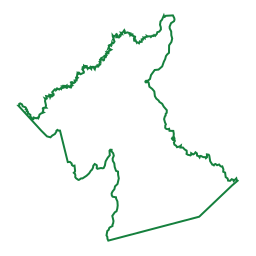 Zaragoza, Antioquia, Colombia (Natural Earth projection)
{"feature_id": "7082276B32326905944373", "entity_name": "Zaragoza", "entity_type": "district", "adm_level": 2, "iso_a3": "COL", "parent_name": "Colombia", "parent_adm1": "Antioquia", "projection": "natural_earth1", "projection_center": [-74.894, 7.495], "detail": "fine", "context": "isolated", "style": "outline", "palette": "green", "viewbox_px": 256, "rotation_deg": 0, "n_neighbors": 0, "source": "geoboundaries", "source_scale": "gbopen_adm2", "svg_char_len": 5639}
<svg xmlns="http://www.w3.org/2000/svg" viewBox="0 0 256 256"><path d="M237.6,180.7L236.6,179.8L236.3,178.4L233.7,181.0L233.2,179.8L231.7,179.2L230.1,180.8L228.1,180.6L227.6,178.5L225.7,177.1L225.1,172.6L223.2,171.7L223.4,169.3L222.3,166.4L221.5,166.6L220.4,166.1L219.1,164.5L217.1,165.2L215.5,164.0L214.5,164.4L213.9,165.3L213.3,164.8L212.4,164.7L210.2,161.3L209.3,155.8L208.7,154.7L206.9,154.4L207.0,157.2L205.9,158.2L205.3,157.1L203.2,157.1L200.8,155.9L200.2,156.0L199.6,157.4L198.8,156.2L197.1,155.6L196.9,153.4L195.5,152.3L194.5,153.7L193.1,154.4L191.2,153.2L191.1,154.8L190.5,155.4L187.7,154.7L186.5,153.9L186.8,152.6L186.6,150.6L184.6,149.4L182.9,147.5L180.5,147.5L180.8,145.6L179.6,146.5L177.0,147.2L176.2,145.8L174.4,144.6L173.9,142.6L174.8,141.1L174.8,140.4L172.9,139.9L171.9,138.6L172.3,137.9L173.5,139.2L174.2,139.0L174.5,138.4L173.6,136.1L173.8,133.8L173.3,130.9L169.5,130.8L169.1,128.8L167.9,129.2L166.6,129.0L165.6,128.4L165.2,127.6L165.3,125.5L165.9,124.3L165.0,122.5L164.1,119.1L164.9,116.3L165.6,115.6L165.7,113.8L166.7,112.8L166.8,110.2L163.7,106.6L162.2,103.8L159.4,101.9L158.6,100.5L156.3,98.6L154.9,96.2L154.3,91.4L152.2,88.9L149.4,86.7L148.6,82.4L148.0,82.0L145.9,82.4L145.4,81.9L145.4,81.4L146.0,80.8L147.9,80.7L150.0,79.0L151.0,75.1L154.7,70.0L158.5,69.6L162.2,66.4L163.8,61.8L165.2,59.0L165.9,56.2L167.2,54.4L169.0,52.8L169.1,45.3L171.4,42.0L172.2,38.5L171.3,35.2L171.2,31.5L169.7,28.4L169.6,26.7L171.0,23.2L174.0,21.2L174.5,19.8L174.3,18.2L172.9,15.4L165.8,15.8L164.6,17.0L164.2,16.9L163.8,15.6L162.0,19.7L160.5,21.4L160.0,24.8L160.8,27.2L160.9,29.5L159.3,31.6L157.3,32.2L156.9,33.8L155.1,35.9L154.1,35.0L153.3,36.0L152.3,35.7L150.9,37.0L150.4,36.3L147.6,36.4L146.9,36.0L147.1,36.7L144.6,37.3L144.7,38.3L143.5,37.7L143.6,38.3L142.9,38.8L142.9,39.5L141.7,39.4L141.7,41.8L140.2,42.0L139.8,41.6L139.0,43.3L138.0,42.5L137.1,42.3L136.8,42.7L135.9,41.0L134.2,40.7L134.0,39.0L134.9,38.9L134.2,37.9L135.1,37.1L135.1,36.7L132.6,35.7L132.5,34.3L131.5,34.3L131.7,35.2L130.9,35.2L130.7,34.3L130.2,35.0L130.1,34.5L129.5,34.1L129.6,33.3L130.1,33.4L129.9,33.2L127.4,32.4L125.0,33.1L124.7,31.0L124.3,30.2L122.4,32.9L121.0,32.7L122.0,34.2L121.1,34.1L120.2,34.7L119.9,35.0L120.6,35.8L119.7,36.7L119.7,36.0L119.4,36.0L118.9,37.2L116.5,37.2L117.3,35.4L116.6,34.1L116.1,34.4L116.0,35.6L114.4,35.9L113.9,36.9L112.7,35.4L112.8,36.6L113.6,38.5L113.0,39.6L113.8,39.6L114.5,41.6L113.4,43.2L112.7,43.2L112.1,42.5L111.9,43.6L111.4,43.9L111.5,44.9L110.4,45.0L110.6,45.6L109.4,45.1L108.8,45.5L109.1,46.2L108.3,48.5L109.1,48.0L109.5,48.8L111.2,49.7L108.7,51.1L108.5,52.7L107.4,52.1L107.5,53.0L106.8,52.7L107.1,53.3L106.0,53.9L106.6,55.1L105.3,55.6L106.0,56.4L105.8,57.0L105.4,56.9L104.9,55.7L104.4,55.8L104.1,56.8L104.5,57.8L103.9,60.2L103.3,60.4L102.9,59.7L101.5,59.1L101.3,58.7L101.7,57.9L101.1,58.2L100.8,59.2L100.1,59.6L100.6,60.6L100.1,61.1L100.4,61.7L99.7,61.9L100.2,62.7L99.4,62.8L100.0,62.9L99.4,64.0L100.0,64.6L98.9,65.3L98.3,66.6L97.5,66.6L98.3,65.7L97.4,65.3L97.2,66.7L97.0,65.9L96.5,66.5L95.5,66.6L94.8,69.3L94.2,68.5L93.9,67.1L93.2,66.8L92.1,66.9L91.9,67.8L91.1,68.1L91.1,68.8L90.3,68.0L91.1,66.1L89.3,68.1L88.2,67.9L87.7,68.8L87.0,67.7L86.8,66.1L85.9,66.0L86.2,66.8L85.6,67.3L84.0,65.9L84.0,66.4L83.5,66.7L84.0,67.0L83.3,67.3L83.8,67.6L83.1,68.3L83.7,68.3L82.6,69.7L83.9,71.8L83.8,72.7L80.6,74.2L78.9,72.6L78.5,72.6L78.8,72.9L78.4,73.6L77.8,73.0L78.1,73.6L77.4,73.5L76.9,76.9L77.8,77.7L76.8,78.4L76.2,77.5L76.0,77.8L76.8,79.5L76.6,80.5L76.1,80.7L75.7,80.2L75.3,80.3L75.7,80.6L74.6,81.2L74.5,81.8L74.9,82.3L73.6,83.2L72.6,83.0L72.0,82.1L71.4,82.2L71.6,82.9L71.1,82.9L71.8,84.5L71.2,85.0L71.8,85.4L71.3,85.5L71.6,86.0L71.1,87.2L70.3,86.6L70.1,87.3L69.5,87.1L68.6,86.2L68.0,86.7L67.5,86.4L67.1,87.8L66.7,87.9L65.7,87.3L66.9,86.0L66.8,85.5L65.6,86.6L64.9,86.4L64.6,86.8L64.2,86.5L64.7,85.9L63.1,85.8L62.9,86.6L62.3,86.5L63.1,87.8L61.5,88.1L61.3,88.7L61.0,88.3L60.8,88.8L60.1,88.7L59.2,89.5L57.1,88.4L56.8,88.9L57.1,89.2L56.1,90.1L56.0,89.4L54.8,89.3L52.2,92.2L52.3,92.8L53.4,93.6L53.7,94.9L53.4,95.3L51.9,95.1L52.5,95.9L51.8,96.5L50.5,96.4L50.2,97.1L49.8,95.4L49.2,94.9L48.7,96.5L46.2,96.1L46.8,98.5L45.9,99.0L44.9,98.5L45.4,99.5L45.0,101.0L46.0,105.4L45.6,106.9L46.3,107.7L43.7,107.8L42.9,108.2L42.8,108.7L43.3,109.0L43.4,109.6L42.7,111.8L43.7,112.4L41.0,113.5L39.5,114.6L38.8,117.4L38.2,118.3L37.7,117.6L36.2,118.3L33.7,117.5L33.4,119.1L32.4,119.3L31.3,117.4L30.3,117.0L30.4,114.9L28.9,113.7L28.1,113.7L27.9,111.7L27.3,111.0L26.7,111.2L27.0,109.9L25.8,109.3L26.3,108.5L25.5,107.3L22.7,106.3L22.0,104.4L20.2,103.4L19.3,103.8L19.2,105.6L18.4,105.7L41.4,130.8L47.0,136.4L50.5,137.3L52.2,135.6L54.9,134.0L56.4,131.6L56.4,130.8L57.4,129.9L58.5,130.6L60.0,130.6L67.8,162.1L69.9,161.9L71.6,163.4L71.9,165.0L73.1,165.9L74.5,165.6L75.1,170.9L74.9,171.7L73.8,172.8L75.0,173.9L75.4,175.3L75.2,177.0L76.0,178.2L78.4,179.9L79.1,179.8L81.1,178.4L82.5,178.4L86.5,175.8L89.1,173.4L90.9,170.6L91.9,169.8L93.0,167.7L93.3,165.7L94.7,164.0L96.6,165.1L96.9,166.0L96.7,168.1L97.4,168.8L101.0,168.0L102.4,168.3L103.6,168.1L104.9,165.5L105.6,161.4L107.8,157.6L109.8,155.3L109.5,150.7L110.3,149.7L111.6,149.8L111.5,151.3L113.2,153.3L113.8,155.7L112.6,158.6L112.8,160.8L114.3,163.4L114.7,167.0L116.0,170.8L118.0,171.6L118.1,174.8L118.8,178.4L117.5,184.0L115.0,186.4L114.4,189.2L112.6,191.4L111.6,193.4L111.8,195.4L112.6,196.7L116.0,197.3L116.1,198.6L117.4,201.4L117.7,205.5L117.3,208.5L116.5,211.3L114.8,212.3L112.3,215.9L113.5,221.0L113.1,223.5L112.5,224.6L112.5,226.0L110.0,227.3L109.3,227.9L108.7,229.8L107.3,231.0L106.5,235.4L107.3,236.8L107.5,238.9L108.3,240.6L199.2,216.7L232.1,185.4L237.6,180.7Z" fill="none" stroke="#15803d" stroke-width="2"/></svg>